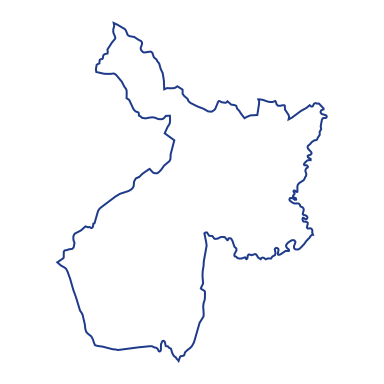 Bao Loc, Lâm Đồng, Vietnam (Robinson projection)
{"feature_id": "81297802B17535514855325", "entity_name": "Bao Loc", "entity_type": "district", "adm_level": 2, "iso_a3": "VNM", "parent_name": "Vietnam", "parent_adm1": "Lâm Đồng", "projection": "robinson", "projection_center": [107.813, 11.546], "detail": "fine", "context": "isolated", "style": "outline", "palette": "blue", "viewbox_px": 384, "rotation_deg": 0, "n_neighbors": 0, "source": "geoboundaries", "source_scale": "gbopen_adm2", "svg_char_len": 5990}
<svg xmlns="http://www.w3.org/2000/svg" viewBox="0 0 384 384"><path d="M57.3,262.3L60.9,265.5L64.5,267.5L66.1,268.8L67.5,271.5L70.1,278.7L73.5,290.5L76.1,297.6L80.0,310.5L82.1,313.7L82.7,315.2L84.8,324.3L85.4,329.2L86.2,331.8L87.8,333.6L91.3,336.4L92.9,339.4L93.9,342.6L95.0,345.2L97.9,346.0L102.5,346.6L112.5,349.2L115.7,349.5L118.1,350.0L138.7,347.3L150.1,346.2L152.1,346.3L154.3,347.4L156.3,347.8L157.7,349.0L158.8,351.2L159.7,351.5L160.4,351.1L160.9,349.9L161.0,344.2L162.3,341.2L163.3,340.8L164.0,341.0L164.8,341.9L165.7,345.9L166.1,346.2L167.8,346.3L169.1,347.8L171.0,348.7L172.1,352.7L173.6,355.6L174.2,356.3L175.8,357.3L176.6,358.8L177.4,359.4L178.6,361.0L180.1,356.7L180.5,356.3L183.2,355.8L184.2,355.2L185.0,352.4L187.5,350.0L190.7,347.5L192.1,345.8L193.7,342.9L194.6,340.3L199.6,322.8L203.5,316.5L203.7,314.1L203.2,306.2L203.6,303.2L204.5,300.5L204.9,298.1L205.0,292.4L204.8,291.3L202.9,289.8L201.6,289.3L200.8,288.3L203.1,283.5L202.5,276.1L202.7,271.2L203.6,265.5L203.8,261.3L206.6,245.8L206.3,243.0L204.4,233.3L205.8,232.4L207.0,232.5L209.1,235.7L212.4,236.1L214.3,238.6L214.9,238.9L217.8,238.6L219.7,237.5L221.7,236.9L224.7,237.1L227.4,240.2L228.0,239.9L228.6,238.5L229.0,238.2L230.4,238.3L231.2,238.7L232.5,241.0L234.4,246.7L236.0,248.1L236.4,248.8L236.4,250.5L234.5,254.0L234.3,255.2L234.7,256.3L236.1,256.7L237.4,258.0L239.5,258.6L241.6,258.5L245.0,257.3L245.6,257.7L245.9,258.8L246.5,259.2L247.3,258.6L247.8,255.6L248.6,254.6L249.1,254.4L251.6,255.2L254.5,254.2L255.7,254.2L256.3,254.6L258.2,257.6L260.7,259.2L261.2,258.2L262.3,257.6L263.7,257.8L265.8,259.3L268.0,258.4L271.1,258.5L272.4,256.5L274.9,255.2L275.5,253.1L274.8,249.2L275.1,248.6L276.1,247.9L277.3,248.1L278.3,248.9L278.5,250.1L277.8,253.6L278.0,254.5L278.7,254.9L280.6,254.3L285.6,250.9L288.8,251.0L289.0,250.5L288.9,249.5L287.2,248.2L286.2,246.7L286.1,245.5L286.3,244.7L287.8,242.9L289.8,241.4L291.7,240.3L292.9,240.1L294.4,240.4L295.4,241.7L295.3,242.7L294.0,246.2L294.0,247.6L294.3,248.5L295.5,249.4L298.1,249.5L299.6,248.7L301.8,246.6L304.4,243.8L306.1,241.3L308.3,238.9L309.2,238.2L310.6,236.0L312.0,234.8L313.0,234.8L312.2,232.5L312.4,230.5L311.7,229.0L310.6,228.3L307.8,228.5L306.9,227.5L307.3,225.3L307.8,224.0L307.7,222.7L306.4,221.8L303.5,221.6L302.7,220.4L302.5,218.9L302.9,217.8L303.6,217.8L305.0,219.0L306.0,219.3L306.9,218.8L307.3,218.1L307.4,217.3L307.0,216.4L306.1,215.7L305.1,215.2L303.5,214.9L302.8,214.2L302.8,213.5L303.5,211.1L303.7,209.5L303.4,208.3L302.5,207.3L300.4,206.4L299.8,204.6L298.9,203.7L297.7,203.4L294.5,203.5L293.2,203.0L290.7,201.4L289.7,200.4L289.4,199.6L289.9,198.2L291.1,198.0L292.9,198.4L294.8,199.8L295.9,199.8L296.2,199.4L295.7,198.1L293.4,197.2L293.0,196.7L293.0,195.9L294.6,193.8L294.5,193.0L293.8,192.1L293.5,191.2L294.0,190.5L294.6,190.5L296.3,191.7L297.0,192.0L297.4,191.8L297.4,186.2L297.9,184.6L299.3,183.0L303.5,180.3L304.4,179.1L305.1,177.3L306.1,175.8L306.3,173.7L305.5,171.6L305.4,170.2L306.2,168.4L307.7,167.5L307.9,166.6L306.8,165.3L304.4,165.2L304.0,164.6L304.1,163.8L305.0,162.6L307.0,160.7L308.6,160.1L310.6,160.2L310.7,159.0L307.9,157.3L307.7,155.9L308.3,155.4L310.0,155.0L311.0,154.3L311.6,153.3L311.3,152.2L308.1,148.7L307.6,147.3L307.8,146.0L310.4,143.8L311.6,142.2L314.3,140.4L315.8,140.2L317.0,139.6L317.8,137.7L319.7,134.9L319.7,131.7L321.2,129.2L320.7,126.3L321.9,119.8L322.8,118.2L325.9,117.9L326.5,117.5L326.7,116.7L326.6,116.0L326.0,115.3L321.8,114.0L320.8,113.0L320.6,112.0L320.9,110.8L321.4,110.2L323.5,109.4L323.6,108.5L319.0,103.6L316.9,103.6L316.0,103.2L315.1,103.2L314.0,103.8L312.6,106.4L311.1,106.5L309.7,105.2L306.3,108.0L301.0,110.9L292.0,117.6L288.6,119.4L289.1,116.9L288.5,114.8L285.0,109.5L284.8,105.7L284.4,105.3L282.9,105.2L280.2,105.8L278.0,105.7L276.6,104.4L275.9,102.0L275.2,101.0L272.6,102.0L270.0,102.0L267.4,101.5L263.0,99.9L259.4,99.3L258.3,99.4L259.1,101.1L259.1,103.5L257.3,115.0L250.4,115.4L247.0,116.8L244.5,118.2L240.9,113.5L239.3,110.9L237.1,108.6L236.3,105.9L234.6,105.1L231.2,104.6L227.5,101.3L226.5,102.4L225.3,102.8L221.5,102.2L219.7,101.1L218.7,101.1L218.1,101.9L215.7,107.8L215.1,109.1L213.9,110.3L211.6,111.7L208.1,111.4L203.6,108.8L197.3,106.4L190.2,102.8L188.2,100.7L187.7,99.0L184.1,95.9L182.6,93.8L182.6,89.8L182.1,89.3L177.3,86.3L175.3,87.7L174.2,88.1L170.9,88.3L167.0,88.1L164.2,89.3L163.9,80.7L162.7,73.2L160.6,68.7L159.3,63.9L158.6,62.7L157.5,61.6L156.5,59.5L154.5,57.9L153.7,56.9L152.3,52.7L150.9,51.7L150.2,51.6L144.5,52.5L143.6,52.4L142.6,51.8L141.0,49.9L140.7,48.7L140.8,47.5L142.0,44.2L142.0,42.5L141.0,41.0L138.5,39.8L134.3,37.0L129.8,36.2L128.5,35.6L127.7,35.0L125.8,30.3L124.7,29.0L117.2,24.6L113.7,23.0L114.2,25.2L114.0,27.0L113.4,28.7L113.2,31.6L113.5,33.0L115.1,36.8L115.3,38.0L115.1,38.8L111.9,42.6L107.7,49.1L107.4,49.9L107.8,51.8L107.5,53.5L104.6,54.2L103.6,55.0L103.2,55.8L102.8,58.4L102.3,58.9L100.4,59.4L99.8,59.8L99.6,60.4L99.4,63.4L97.5,64.2L96.6,65.0L95.9,69.4L96.3,72.0L104.3,73.8L110.5,73.9L113.7,73.5L115.1,74.1L116.2,75.0L121.8,81.7L124.4,86.8L125.9,88.7L126.4,89.9L126.7,91.4L126.6,98.3L128.4,99.3L129.4,100.3L133.3,108.8L134.4,110.3L135.8,111.5L138.3,112.4L138.8,113.1L138.9,115.6L140.5,116.4L142.0,117.8L145.4,118.4L150.2,117.5L152.8,117.3L154.9,117.7L158.4,119.1L160.9,119.2L162.3,119.1L163.7,118.4L165.9,115.9L169.9,115.7L170.1,120.4L169.8,123.0L169.1,124.7L167.8,126.5L164.7,133.3L174.3,140.3L170.7,154.1L170.4,159.2L169.4,161.2L164.1,165.6L161.2,169.7L159.1,171.9L157.3,173.2L155.4,173.3L154.0,173.0L152.8,172.4L149.6,168.9L149.0,169.2L142.4,173.8L139.0,177.2L138.4,177.1L137.3,177.9L136.4,178.0L135.3,179.2L134.0,181.9L133.7,186.1L132.7,188.0L131.3,189.4L128.6,191.0L120.0,193.8L115.5,196.5L100.4,207.9L98.8,209.7L98.0,211.2L94.5,223.3L93.3,223.7L93.1,226.1L92.6,227.3L91.7,228.0L91.2,228.0L89.5,227.0L88.2,227.3L85.5,226.4L81.0,230.4L74.7,233.7L73.6,235.6L73.3,237.7L73.5,240.2L74.5,242.8L73.8,246.8L73.5,247.5L72.6,248.6L71.8,249.0L68.9,249.3L67.5,249.9L64.6,250.5L63.8,251.7L63.7,257.4L63.4,258.2L57.3,262.3Z" fill="none" stroke="#1e3a8a" stroke-width="2"/></svg>